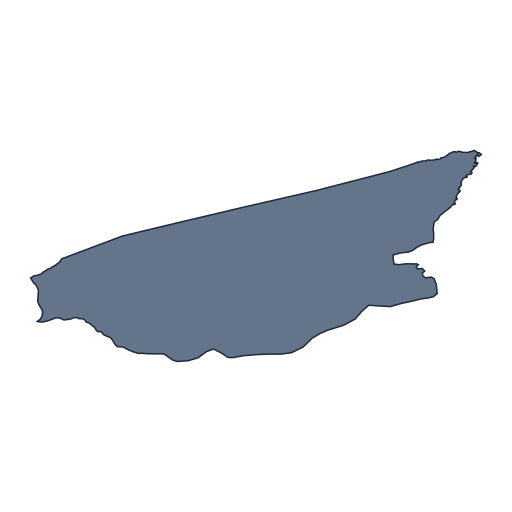 Des Barras/Cacolie, Dauphin, Saint Lucia (Mercator projection)
{"feature_id": "8701671B32853593869516", "entity_name": "Des Barras/Cacolie", "entity_type": "district", "adm_level": 2, "iso_a3": "LCA", "parent_name": "Saint Lucia", "parent_adm1": "Dauphin", "projection": "mercator", "projection_center": [-60.901, 14.018], "detail": "fine", "context": "isolated", "style": "filled", "palette": "slate", "viewbox_px": 512, "rotation_deg": 0, "n_neighbors": 0, "source": "geoboundaries", "source_scale": "gbopen_adm2", "svg_char_len": 5951}
<svg xmlns="http://www.w3.org/2000/svg" viewBox="0 0 512 512"><path d="M37.3,321.4L39.7,321.9L41.8,322.0L43.3,321.9L45.3,321.4L46.0,321.3L47.6,320.8L48.6,320.4L49.3,320.3L52.3,319.2L53.6,318.7L54.9,318.3L55.2,318.2L56.0,317.9L57.0,317.9L58.5,317.9L59.8,318.2L61.2,318.6L62.2,319.2L62.9,319.6L63.6,319.8L64.2,319.9L65.4,319.8L67.6,319.5L68.6,319.4L69.1,319.4L70.9,318.9L73.2,318.0L74.5,317.6L75.6,317.6L76.5,317.6L77.2,317.7L77.6,317.9L78.2,318.3L78.8,318.6L79.6,318.7L80.3,318.7L81.0,318.7L82.0,318.8L82.8,318.9L83.3,319.1L83.8,319.3L84.1,319.4L84.5,319.7L84.9,320.2L85.4,320.8L86.1,322.0L86.8,322.4L87.1,322.4L87.9,322.6L88.5,322.9L89.2,323.0L89.9,323.7L90.4,324.1L91.5,324.9L92.7,326.0L93.6,326.6L94.5,327.5L95.0,328.1L95.4,328.7L95.5,328.9L96.6,330.7L97.5,331.3L97.8,331.5L98.3,331.6L99.3,331.8L99.7,331.7L100.6,331.6L101.2,331.8L101.8,332.6L102.6,333.3L102.8,333.7L103.4,334.4L104.0,334.9L105.1,335.4L107.3,336.5L107.7,336.5L108.3,336.6L109.0,336.9L110.1,337.6L110.8,338.0L111.1,338.3L112.0,339.5L113.2,341.4L114.2,343.0L114.8,344.0L115.5,345.0L116.3,345.7L117.0,346.3L117.5,346.5L117.9,346.7L119.5,346.8L120.5,346.9L121.7,346.8L122.5,346.9L123.7,347.4L124.4,347.7L127.6,349.5L129.1,350.3L130.3,350.7L131.6,351.1L132.6,351.6L133.6,352.0L135.4,352.4L136.7,353.0L137.8,353.3L139.2,353.4L141.2,353.3L142.6,353.3L144.2,353.5L145.9,353.6L146.6,353.7L147.5,353.7L149.0,353.7L149.6,353.8L163.8,353.9L172.6,360.0L177.1,361.5L177.3,361.5L188.2,360.7L198.1,357.8L206.4,351.7L213.4,349.0L221.3,353.0L228.0,357.4L231.5,357.6L233.7,357.5L243.6,355.7L256.6,354.6L267.9,354.1L280.3,354.1L282.3,353.9L291.3,352.8L303.0,347.1L312.1,338.3L319.9,333.6L327.2,330.4L343.7,325.2L355.1,319.1L361.5,311.7L368.8,305.2L378.1,305.9L390.3,306.6L401.2,303.5L412.7,301.0L421.2,298.9L427.2,298.1L433.2,296.8L437.2,293.6L436.9,290.7L436.3,284.6L434.3,278.9L431.6,277.1L425.2,277.8L422.7,275.6L422.5,272.9L424.8,271.1L422.2,268.5L417.3,268.9L416.3,266.7L418.3,264.8L416.8,263.9L405.6,263.8L398.8,264.7L394.0,264.0L393.2,258.4L393.1,255.0L397.8,253.7L401.2,252.8L408.1,252.2L412.7,250.4L416.9,247.3L421.9,244.8L426.0,243.6L429.9,242.5L433.0,242.3L433.7,238.9L433.6,236.7L433.7,233.1L433.1,229.4L433.3,227.6L434.2,222.0L436.5,220.3L437.8,219.4L439.2,217.0L440.2,215.1L440.7,214.9L450.7,207.0L451.5,205.7L452.4,205.1L453.1,204.8L453.1,204.3L453.4,204.1L453.8,204.4L454.0,204.4L454.8,204.4L455.2,203.9L455.1,203.1L454.8,202.7L454.6,202.3L454.6,201.4L454.9,200.8L455.4,200.1L456.1,199.7L456.8,199.6L457.2,198.8L457.1,198.3L456.5,198.0L456.0,197.7L456.1,197.4L456.6,196.5L456.6,195.3L456.8,194.8L457.2,194.0L457.5,193.8L458.2,193.5L458.3,193.1L458.4,192.6L458.9,192.3L459.3,192.2L459.6,192.0L459.7,191.5L460.1,190.9L460.1,190.7L458.8,190.7L458.8,190.1L458.4,189.7L458.6,189.3L458.4,189.0L459.0,188.8L459.5,188.4L459.5,187.6L459.3,187.4L458.7,187.3L459.1,187.2L459.9,186.9L460.3,186.7L460.4,186.0L461.2,185.3L461.4,185.0L461.4,184.3L461.3,183.5L460.8,183.0L460.7,182.8L461.5,181.3L461.9,180.3L462.7,179.5L463.1,178.6L463.6,178.1L464.6,177.7L465.3,177.5L466.2,177.5L466.9,177.2L467.1,176.8L467.0,176.2L466.3,176.1L466.4,175.6L466.8,175.2L467.6,174.7L468.4,174.4L469.5,174.4L470.0,174.5L470.1,174.3L470.5,174.0L470.8,174.1L471.2,173.9L471.7,173.6L471.9,173.2L471.8,172.5L471.3,171.8L470.8,171.6L471.3,171.2L471.7,170.7L471.5,170.4L472.1,170.0L472.9,169.3L473.8,168.1L474.1,167.7L474.0,166.6L473.6,165.9L473.9,165.9L474.1,166.0L474.3,166.4L474.6,166.6L475.2,166.6L475.7,166.3L476.6,165.8L476.7,164.5L476.8,164.3L477.8,163.4L477.7,162.7L477.4,162.6L477.0,162.6L476.4,162.7L475.9,163.1L474.9,163.3L474.5,163.2L474.4,162.9L474.6,162.3L475.6,162.0L475.8,160.6L475.4,159.8L475.6,159.4L476.3,158.8L476.1,158.4L475.8,158.4L474.9,158.3L474.6,157.9L475.0,157.2L476.2,156.5L476.3,155.7L476.7,155.3L477.3,155.1L477.5,154.7L478.1,155.7L478.2,156.4L478.5,156.5L478.8,156.4L481.0,154.9L481.3,154.4L479.9,153.5L479.5,152.9L478.7,152.6L478.0,152.8L477.3,153.1L476.8,152.8L476.7,151.8L475.4,151.2L474.8,150.5L474.0,150.5L471.0,151.6L469.8,151.7L468.0,152.5L466.4,152.4L463.6,152.4L463.0,152.4L462.3,152.3L461.3,151.8L459.8,151.5L459.1,151.3L458.6,151.3L458.0,151.5L457.8,151.6L457.3,151.9L456.4,152.2L455.5,151.8L454.6,151.6L453.1,151.9L451.9,152.4L450.9,153.1L450.4,153.2L449.9,153.1L449.3,153.5L448.9,153.9L448.3,154.4L447.4,155.1L446.9,155.4L445.7,156.4L445.4,156.7L444.9,157.0L444.5,157.1L443.4,157.4L442.8,157.7L441.9,157.6L441.4,157.6L441.0,157.8L440.7,158.1L440.5,158.6L440.1,159.1L439.8,159.3L439.1,159.4L437.9,159.3L437.5,159.3L437.2,159.1L436.6,159.1L435.9,159.4L435.3,159.6L434.4,159.9L433.8,160.0L433.1,160.1L432.8,160.1L432.3,160.2L431.2,160.1L430.7,160.2L429.9,160.3L429.6,160.4L429.4,160.3L428.6,160.0L427.5,160.1L427.1,160.3L426.2,160.5L424.8,161.1L424.4,161.1L424.0,161.1L423.0,160.9L422.5,161.0L421.3,161.2L420.8,161.5L419.9,161.9L419.2,162.0L418.9,162.0L418.5,161.8L410.0,164.9L389.5,171.6L316.3,190.5L234.4,209.3L168.7,224.9L122.4,236.0L61.7,258.8L61.2,259.4L60.6,260.5L60.2,261.1L59.9,261.6L59.4,262.1L59.0,262.5L58.5,262.9L57.9,263.3L56.8,264.1L56.2,264.6L55.6,265.0L55.1,265.4L54.5,265.8L54.0,266.1L53.3,266.4L52.7,266.6L51.6,267.4L50.4,268.2L49.2,268.7L48.0,269.1L47.4,269.3L46.9,269.7L46.4,270.2L45.9,270.6L45.5,271.0L44.9,271.3L44.3,271.5L43.6,271.8L42.9,272.2L42.4,272.7L42.1,273.2L41.6,273.7L40.4,274.2L39.0,274.7L37.6,275.1L36.4,275.4L35.8,275.6L34.4,275.8L33.8,275.9L33.2,276.2L32.6,276.6L32.2,276.9L31.0,278.1L30.7,278.1L32.7,281.5L33.4,282.6L33.6,282.9L33.9,283.2L34.4,283.5L34.9,283.9L35.4,284.4L36.0,285.2L36.4,286.0L36.8,286.5L38.5,290.4L38.5,290.6L38.4,291.1L38.3,292.0L38.0,297.6L37.8,298.6L37.8,301.0L37.8,301.3L37.9,301.7L38.0,302.2L38.4,303.3L38.5,303.7L39.3,305.2L39.9,306.4L40.4,307.3L41.2,308.4L41.8,309.5L42.2,310.3L42.4,311.1L42.5,312.3L42.5,312.9L42.5,313.2L42.2,315.1L41.8,316.3L41.6,316.9L41.4,317.2L41.1,317.8L40.6,318.7L40.4,318.9L40.2,319.1L39.5,319.8L39.1,320.2L38.8,320.4L38.0,320.9L37.3,321.4Z" fill="#64748b" stroke="#1e293b" stroke-width="1.5"/></svg>